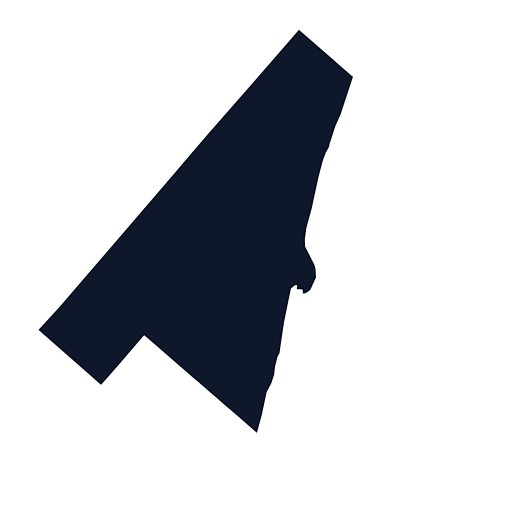 Erie, Pennsylvania, United States of America, rotated 131°
{"feature_id": "52423323B98876913296061", "entity_name": "Erie", "entity_type": "district", "adm_level": 2, "iso_a3": "USA", "parent_name": "United States of America", "parent_adm1": "Pennsylvania", "projection": "natural_earth1", "projection_center": [-80.038, 42.059], "detail": "fine", "context": "isolated", "style": "filled", "palette": "ink", "viewbox_px": 512, "rotation_deg": 131, "n_neighbors": 0, "source": "geoboundaries", "source_scale": "gbopen_adm2", "svg_char_len": 945}
<svg xmlns="http://www.w3.org/2000/svg" viewBox="0 0 512 512"><g transform="rotate(131 256 256)"><path d="M388.1,140.5L372.2,148.2L352.1,159.4L341.9,161.8L334.0,165.2L327.5,169.7L317.6,174.7L314.3,175.2L289.1,191.4L275.2,199.3L257.8,209.1L253.1,208.4L251.2,207.5L250.1,205.5L250.3,205.4L253.1,203.3L249.6,198.8L252.5,196.0L250.7,194.6L245.9,193.6L233.3,197.3L227.6,202.8L225.1,206.3L217.3,225.6L212.1,230.5L202.5,236.9L185.7,245.0L184.0,245.8L155.1,261.7L154.2,262.1L140.6,268.8L132.2,272.0L126.1,273.2L122.3,275.4L121.8,275.4L105.8,282.2L94.6,285.5L57.9,300.9L58.0,301.7L58.0,319.3L57.9,327.5L57.9,371.2L107.4,371.2L131.4,371.2L194.3,371.5L269.1,370.9L323.7,370.6L423.9,370.1L453.7,370.9L454.1,289.2L447.8,289.1L428.3,289.0L388.5,289.3L388.4,288.6L388.3,278.2L388.3,223.3L388.1,216.6L388.2,205.9L388.2,199.3L388.1,193.5L388.1,190.0L388.2,187.8L388.0,155.2L388.1,150.7L388.1,140.5Z" fill="#0f172a" stroke="#020617" stroke-width="1.5"/></g></svg>